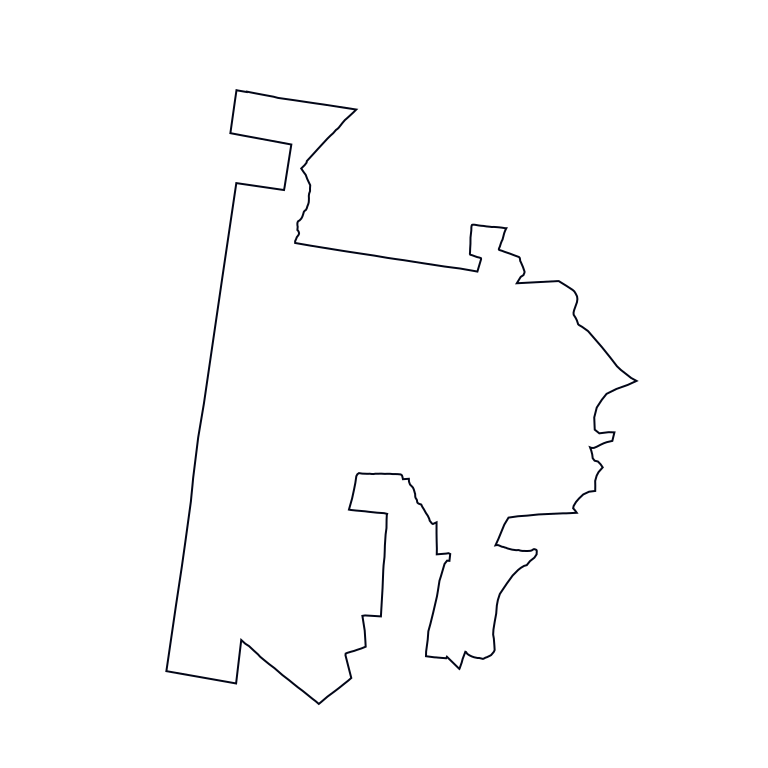 Osica De Jos, Olt, Romania (Natural Earth projection), rotated 83°
{"feature_id": "2599482B95058280592658", "entity_name": "Osica De Jos", "entity_type": "district", "adm_level": 2, "iso_a3": "ROU", "parent_name": "Romania", "parent_adm1": "Olt", "projection": "natural_earth1", "projection_center": [24.282, 44.226], "detail": "fine", "context": "isolated", "style": "outline", "palette": "ink", "viewbox_px": 768, "rotation_deg": 83, "n_neighbors": 0, "source": "geoboundaries", "source_scale": "gbopen_adm2", "svg_char_len": 5754}
<svg xmlns="http://www.w3.org/2000/svg" viewBox="0 0 768 768"><g transform="rotate(83 384 384)"><path d="M642.5,635.0L652.1,603.5L657.4,586.2L660.3,576.7L663.2,567.3L646.0,563.1L620.7,556.9L624.9,553.3L627.7,549.9L633.0,545.5L637.0,542.0L639.6,540.2L643.2,536.8L648.0,532.2L652.7,527.3L660.4,520.4L666.4,514.3L670.6,510.3L674.5,506.5L678.5,502.3L682.3,498.6L687.8,493.3L690.5,490.5L693.6,487.7L693.3,487.2L692.1,485.3L687.4,478.2L682.7,469.9L680.3,465.8L676.7,460.0L674.1,455.7L671.8,452.3L657.1,454.2L648.5,455.3L646.9,454.9L646.4,453.3L645.7,449.3L645.3,446.3L644.6,443.2L643.7,438.6L642.5,434.2L636.8,433.8L626.4,433.2L611.5,433.7L611.4,431.0L613.2,421.2L614.3,415.4L586.4,410.3L582.7,409.7L568.6,407.4L563.8,406.5L555.8,404.6L549.7,403.6L544.4,402.8L533.4,400.7L527.3,399.1L519.2,398.0L514.5,397.2L513.3,396.7L512.2,399.7L510.9,406.5L508.9,415.1L508.1,418.1L506.8,424.2L506.2,427.1L505.0,432.2L504.4,434.1L493.7,429.6L485.1,426.6L478.7,424.5L472.1,422.7L470.3,421.4L469.4,419.7L470.3,416.5L471.2,410.9L471.3,409.2L471.8,407.2L472.1,405.3L472.0,403.7L472.3,401.4L472.6,398.0L473.3,394.2L473.6,391.0L473.9,388.8L474.4,386.6L475.1,381.5L475.8,378.4L476.9,377.3L478.6,377.0L480.8,376.8L481.1,370.9L483.9,371.1L485.8,370.7L487.0,370.4L488.9,368.9L490.3,367.9L492.2,367.3L494.5,366.9L496.0,366.7L496.7,366.5L499.6,366.7L500.6,366.6L501.7,366.2L502.5,365.7L503.3,365.5L505.3,365.4L505.8,365.3L506.2,365.0L506.9,364.3L507.8,362.6L507.9,362.1L508.1,362.0L508.4,361.7L508.7,361.5L509.3,361.4L510.9,360.8L513.2,359.7L517.2,358.1L520.1,356.6L523.4,355.5L525.2,355.3L528.2,353.5L528.9,352.5L527.7,348.7L538.1,350.0L546.5,350.9L553.9,351.6L559.5,352.4L559.9,343.0L559.8,340.6L560.8,339.0L567.5,340.6L567.0,342.9L569.9,345.8L581.9,351.0L586.0,352.9L596.2,355.8L601.2,357.3L616.8,363.0L627.8,367.2L634.8,370.1L643.2,371.8L654.7,374.8L659.3,375.5L661.4,367.4L661.8,365.2L662.1,363.9L663.8,355.7L662.4,354.8L669.0,349.5L674.4,345.2L676.0,343.9L675.9,343.8L669.9,340.8L666.6,339.5L659.7,335.9L660.1,335.2L661.4,334.6L662.2,334.0L662.7,333.5L663.8,332.1L665.1,330.1L666.2,327.9L667.4,324.4L667.5,323.0L668.9,319.3L668.6,318.1L668.0,316.7L667.7,315.1L666.6,311.9L666.1,310.7L663.5,307.9L662.9,307.4L661.5,306.6L656.8,306.3L650.1,306.0L646.0,306.2L641.1,305.3L633.5,303.1L625.5,300.6L617.6,299.0L612.3,297.3L606.5,294.6L601.4,290.2L596.9,286.3L593.7,283.3L589.8,279.7L584.9,273.5L583.1,270.5L581.6,267.1L581.2,264.4L577.6,260.7L574.7,255.9L571.7,253.3L568.3,252.7L567.2,253.0L566.8,253.7L566.3,254.7L566.2,255.3L566.3,255.8L566.6,256.5L567.2,257.7L567.3,258.4L567.4,259.3L567.2,262.5L566.8,265.0L566.6,266.8L566.3,267.9L565.9,269.2L565.5,270.0L565.2,270.7L565.1,272.7L564.9,273.7L564.6,274.8L564.0,277.1L562.2,281.6L561.7,282.4L561.3,283.1L561.1,283.8L560.3,285.3L560.0,286.5L559.6,287.3L558.6,288.9L557.9,290.2L557.6,291.6L557.7,293.0L551.5,289.2L538.2,281.7L531.8,276.7L531.6,267.1L532.1,257.8L532.3,246.6L534.2,221.9L534.6,218.5L534.9,214.5L535.3,208.4L532.9,209.7L530.4,211.4L528.1,210.6L524.5,207.8L521.4,204.4L517.9,199.7L515.9,193.6L515.9,187.4L510.8,186.7L505.9,186.2L500.9,184.1L497.6,181.8L493.4,177.1L490.1,178.8L487.0,181.1L485.8,184.3L483.1,185.9L479.4,185.9L475.4,186.4L472.0,187.2L472.8,185.7L473.0,183.4L472.2,180.5L470.7,176.5L469.6,173.1L468.9,170.0L468.3,164.3L460.1,161.2L459.2,166.9L459.2,176.3L455.0,180.4L442.8,179.4L433.3,175.7L426.2,169.7L420.9,164.3L417.2,153.8L414.6,142.1L411.7,133.0L408.2,137.9L398.9,147.2L394.8,150.6L385.8,155.9L374.0,163.2L356.4,175.0L351.4,180.4L349.3,183.2L348.4,184.0L344.4,184.8L341.8,185.7L338.4,187.3L336.4,187.2L334.1,186.4L326.3,182.5L323.3,181.7L320.6,181.7L317.7,182.7L315.3,183.8L313.7,185.2L308.7,191.1L303.1,198.1L300.2,239.9L295.4,236.1L294.3,235.2L293.6,233.7L292.9,232.3L291.8,231.7L290.6,231.0L289.6,230.8L284.9,231.8L279.8,233.3L278.5,233.8L276.2,233.8L275.2,234.0L274.4,234.6L272.1,239.1L270.0,243.0L267.5,248.2L266.2,250.6L265.0,253.3L264.4,253.6L263.6,253.4L261.6,252.2L260.0,251.5L258.3,250.7L256.3,249.6L255.2,248.8L253.7,248.2L252.0,247.5L250.4,246.9L248.7,246.2L247.0,245.3L245.3,244.3L244.3,243.6L244.1,245.1L243.8,245.8L243.1,248.3L242.5,250.8L242.2,252.2L241.5,255.7L241.3,257.9L240.8,259.8L240.1,263.0L239.2,266.1L238.8,268.2L238.2,270.6L237.0,274.5L236.7,276.3L236.8,277.2L237.7,277.8L239.2,278.2L242.1,278.6L249.2,280.3L255.3,281.1L260.2,282.0L263.4,282.5L265.4,282.9L266.2,282.6L267.0,280.7L268.4,278.0L269.4,276.0L270.0,274.3L270.6,273.0L271.0,272.4L271.9,272.4L283.8,277.6L282.3,282.4L280.0,290.0L278.7,294.2L276.9,301.3L274.8,309.5L273.7,313.4L268.5,331.9L263.6,349.0L261.5,356.9L259.2,365.3L255.4,377.9L251.8,390.9L248.4,403.1L246.7,409.1L237.8,439.8L233.2,455.0L231.4,454.8L229.3,453.5L227.7,452.7L226.2,451.2L225.3,450.4L223.9,449.9L222.3,450.2L221.2,450.7L220.6,451.2L219.2,450.9L217.4,450.5L216.4,450.6L214.5,450.5L213.0,450.1L212.0,449.4L211.3,447.8L209.7,445.9L208.0,444.7L205.8,443.6L203.4,442.6L202.4,441.6L201.7,440.3L200.3,439.3L198.3,438.4L196.3,437.3L194.6,436.6L193.2,436.3L190.7,435.9L188.1,435.7L185.9,435.1L183.5,433.9L180.8,433.6L177.7,433.0L174.5,434.1L171.1,435.2L166.9,436.2L164.1,437.8L160.0,439.9L157.1,436.1L154.9,433.9L153.3,433.4L147.6,426.7L142.5,420.8L133.6,410.3L130.9,406.8L128.9,403.9L126.0,400.7L125.0,398.9L124.0,397.6L119.8,393.4L117.3,390.7L115.7,388.3L113.3,384.9L110.4,380.9L108.2,378.1L99.2,410.0L97.0,418.2L93.1,432.3L91.6,437.7L87.1,454.4L85.4,458.6L82.5,467.8L79.7,476.6L78.1,481.5L77.3,483.8L77.1,484.5L77.5,484.6L74.9,493.2L74.4,494.6L83.9,497.2L116.3,505.9L120.3,493.4L123.9,481.9L135.0,446.8L176.5,458.7L179.3,459.6L166.6,506.1L256.1,530.8L381.7,565.2L414.3,574.9L454.1,584.9L461.9,586.6L470.3,588.5L477.1,590.0L516.4,600.4L540.6,606.9L579.3,617.7L588.1,620.1L629.4,631.4L642.5,635.0Z" fill="none" stroke="#020617" stroke-width="2"/></g></svg>